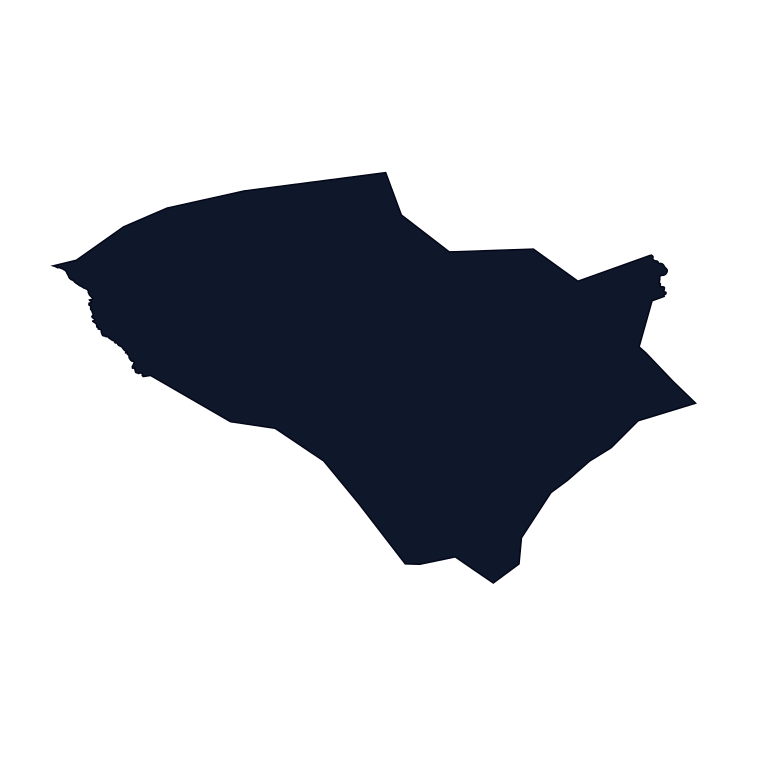 the district of Xashaat, Arhangay, Mongolia, rotated 169°
{"feature_id": "93677404B90881349720721", "entity_name": "Xashaat", "entity_type": "district", "adm_level": 2, "iso_a3": "MNG", "parent_name": "Mongolia", "parent_adm1": "Arhangay", "projection": "natural_earth1", "projection_center": [103.458, 47.476], "detail": "fine", "context": "isolated", "style": "filled", "palette": "ink", "viewbox_px": 768, "rotation_deg": 169, "n_neighbors": 0, "source": "geoboundaries", "source_scale": "gbopen_adm2", "svg_char_len": 4693}
<svg xmlns="http://www.w3.org/2000/svg" viewBox="0 0 768 768"><g transform="rotate(169 384 384)"><path d="M686.2,563.1L684.6,562.3L683.6,561.5L683.3,561.2L682.7,560.8L682.3,560.4L681.8,560.5L681.0,560.3L680.4,560.1L679.4,559.5L677.2,558.1L676.5,557.3L675.6,556.8L675.1,555.9L674.7,555.4L674.5,554.9L674.2,554.0L674.1,553.2L673.8,552.4L673.5,551.4L673.3,550.9L673.1,550.3L673.0,549.6L673.0,549.1L672.9,548.8L672.7,548.3L672.5,547.9L672.3,547.6L672.0,547.3L671.8,546.9L671.5,546.5L671.1,546.1L670.5,545.8L670.1,545.5L669.7,545.3L669.3,544.8L669.0,544.4L668.6,544.1L668.4,543.8L668.3,543.6L668.3,543.2L667.6,542.3L667.1,541.8L666.7,541.5L666.5,541.2L666.0,540.7L665.3,540.0L664.8,539.5L664.4,538.9L663.4,538.2L662.8,537.8L661.7,536.8L660.8,535.9L660.2,535.4L659.3,534.9L658.7,534.5L658.0,534.0L657.4,533.6L657.2,533.3L657.1,532.9L656.8,532.5L656.4,532.2L656.3,531.9L656.5,531.5L656.8,530.7L656.8,530.1L656.7,529.7L656.5,529.3L656.4,528.8L656.3,528.1L656.0,527.4L655.7,527.0L655.4,526.4L654.8,525.5L654.3,524.8L653.9,524.4L653.6,523.7L653.7,523.2L654.3,522.8L655.6,522.8L657.1,522.7L656.8,522.0L656.2,521.6L655.9,521.2L655.7,520.9L655.6,520.5L655.7,520.1L656.1,519.9L656.9,519.7L657.7,519.7L658.1,519.6L658.3,519.1L658.4,518.8L658.5,518.5L658.5,518.0L658.4,517.6L658.1,517.4L657.8,517.2L657.6,516.9L657.3,516.5L657.2,516.1L657.2,515.4L657.5,514.6L657.6,513.9L657.7,513.3L657.7,513.0L657.4,512.7L657.1,512.4L656.8,512.1L656.7,511.8L656.8,511.2L656.8,510.7L656.6,510.1L656.5,509.4L656.2,508.2L656.3,507.7L656.5,507.3L657.2,506.7L657.7,506.2L657.9,505.8L657.9,505.5L657.7,505.1L657.3,504.5L656.9,504.1L656.3,503.7L656.0,503.4L655.9,503.0L655.9,502.4L656.1,502.1L656.3,501.8L656.8,501.5L657.9,501.4L657.9,501.1L657.7,500.7L657.2,500.3L656.5,499.8L656.1,499.3L655.6,498.7L655.2,498.1L655.0,497.7L654.9,497.4L654.8,496.9L654.8,496.5L655.0,495.7L655.0,494.9L654.7,494.4L654.3,494.2L653.9,494.0L653.5,493.9L653.4,493.7L653.4,493.2L653.6,493.1L654.0,492.9L654.0,492.6L653.9,492.4L653.6,492.3L653.2,492.1L651.5,491.4L651.3,490.3L651.6,489.0L651.6,488.2L651.3,487.1L651.2,486.1L651.0,485.4L650.1,484.7L649.3,484.6L648.9,484.3L648.5,483.9L647.9,483.6L647.2,483.3L646.6,483.2L646.1,483.0L645.8,482.8L645.5,482.5L645.4,482.0L645.1,481.5L644.8,481.1L644.5,480.8L644.1,480.6L643.7,480.5L643.5,480.4L643.4,479.9L643.3,479.4L642.8,479.2L642.4,479.1L642.1,478.8L641.8,478.4L641.3,478.1L641.0,478.0L640.7,477.7L640.4,477.3L640.4,476.9L640.3,476.4L640.2,475.9L640.0,475.6L639.3,475.5L638.6,475.3L638.1,475.0L637.9,474.3L637.7,473.6L637.4,473.0L637.0,472.5L636.6,472.1L636.1,471.8L635.6,471.5L634.8,470.9L634.3,470.3L634.1,470.0L634.0,469.8L633.9,469.5L633.4,468.6L633.1,467.8L632.7,467.0L632.4,466.7L631.9,466.2L631.6,465.8L631.3,465.4L631.2,465.2L631.1,464.9L631.2,464.6L631.4,464.4L631.6,464.3L631.7,463.9L631.2,463.8L630.7,464.1L630.3,464.4L630.0,464.3L629.9,464.1L629.9,463.7L630.1,462.9L630.3,462.4L629.9,461.9L629.4,461.2L629.1,460.9L628.9,460.4L628.9,460.0L629.2,459.1L629.2,458.4L629.0,457.9L628.6,456.9L628.2,455.9L627.5,454.9L627.1,454.5L626.6,454.3L626.1,454.2L625.6,454.0L625.2,453.9L625.1,453.6L625.0,453.0L625.4,452.6L625.7,452.0L626.5,450.7L627.2,449.8L627.7,449.3L627.9,448.7L627.9,448.0L627.9,447.6L627.8,447.4L627.5,447.3L627.1,447.3L626.5,447.5L626.1,447.5L625.9,447.3L625.8,446.9L625.8,445.7L625.6,444.7L625.7,444.1L625.6,443.1L625.3,442.6L625.1,442.4L624.6,442.2L624.1,442.0L623.7,441.7L623.2,441.4L623.0,441.1L622.7,441.1L622.4,441.1L622.1,441.4L621.7,441.6L621.3,441.5L620.9,441.3L620.4,441.0L619.8,440.6L619.1,440.2L618.8,439.9L619.0,439.6L619.4,439.2L619.7,438.7L619.7,438.4L619.4,437.9L619.1,437.5L618.7,437.2L613.4,437.0L611.5,436.9L541.9,376.3L499.4,361.3L479.7,341.7L468.7,330.7L457.9,320.0L431.6,271.5L397.5,203.4L383.3,200.2L347.1,200.7L331.4,184.7L323.3,176.5L314.7,167.8L285.8,181.6L278.4,206.8L240.8,245.6L240.3,245.8L222.1,254.5L221.6,254.8L196.9,269.1L173.4,278.0L173.0,278.2L141.6,299.4L81.8,305.7L99.2,330.6L99.7,331.3L121.1,364.7L126.5,371.8L105.0,414.5L92.3,416.5L92.5,417.2L92.0,417.8L90.0,418.8L89.7,420.1L91.3,421.2L91.5,421.8L90.3,424.9L90.8,425.9L94.2,427.0L94.4,427.6L93.8,428.7L93.7,430.0L95.0,431.4L94.0,432.2L93.3,434.0L92.9,436.8L91.4,437.7L88.6,437.4L87.5,437.7L86.6,438.1L85.4,439.1L84.5,440.5L84.3,441.2L84.3,442.2L84.9,443.5L85.9,444.8L86.4,446.0L86.9,447.5L87.9,448.8L89.3,449.6L90.8,449.8L91.5,450.2L91.7,451.4L91.9,452.1L92.5,452.6L94.9,453.4L95.4,453.9L95.8,454.6L96.3,455.6L96.2,456.3L96.0,456.7L95.6,457.3L95.8,458.1L96.3,458.9L97.0,459.5L98.7,459.4L174.0,447.9L211.3,487.6L211.5,487.9L294.7,501.2L334.7,546.6L342.0,591.2L484.5,600.2L528.9,599.0L563.3,598.1L609.6,588.0L662.4,564.2L686.2,563.1Z" fill="#0f172a" stroke="#020617" stroke-width="1.5"/></g></svg>